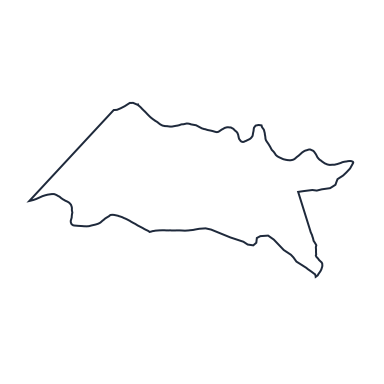 outline of Morne Palama, Choiseul, Saint Lucia, rotated 266°
{"feature_id": "8701671B53815212038994", "entity_name": "Morne Palama", "entity_type": "district", "adm_level": 2, "iso_a3": "LCA", "parent_name": "Saint Lucia", "parent_adm1": "Choiseul", "projection": "robinson", "projection_center": [-61.04, 13.788], "detail": "fine", "context": "isolated", "style": "outline", "palette": "slate", "viewbox_px": 384, "rotation_deg": 266, "n_neighbors": 0, "source": "geoboundaries", "source_scale": "gbopen_adm2", "svg_char_len": 6100}
<svg xmlns="http://www.w3.org/2000/svg" viewBox="0 0 384 384"><g transform="rotate(266 192 192)"><path d="M210.3,354.9L210.8,354.7L211.0,354.5L211.3,353.9L211.7,353.0L211.9,351.9L211.9,351.0L211.9,349.9L211.8,349.0L211.7,348.6L211.6,346.6L211.4,345.0L211.3,344.5L211.2,343.9L210.9,343.3L210.6,342.3L210.4,341.6L210.0,339.9L209.7,338.8L209.6,337.8L209.4,336.9L209.3,336.2L209.3,335.1L209.4,334.2L209.4,333.4L209.4,332.5L209.4,331.4L209.5,330.9L209.8,329.7L210.2,328.6L210.5,328.0L210.8,327.5L211.2,326.6L211.9,325.7L212.2,325.3L213.1,324.2L213.4,323.8L213.7,323.5L214.4,322.8L214.6,322.5L215.1,321.8L215.9,321.0L216.7,320.4L217.8,319.6L220.4,318.5L221.6,317.9L222.7,317.2L223.2,316.9L223.6,316.7L224.6,315.8L225.9,313.4L226.2,312.7L226.2,311.6L226.1,311.0L225.7,309.5L225.5,308.5L225.4,307.9L225.0,306.9L224.3,305.6L223.8,304.7L223.0,303.7L220.8,300.9L220.3,300.1L219.6,299.0L218.9,298.1L217.7,296.5L217.1,294.9L216.9,293.6L216.8,292.6L216.8,291.7L217.0,290.7L217.1,289.7L217.3,289.1L217.5,288.1L217.8,287.2L218.1,286.1L218.5,285.1L219.0,284.1L219.2,283.9L219.6,283.1L220.7,281.1L221.0,280.7L221.2,280.3L221.7,279.6L222.4,278.9L223.1,278.2L223.8,277.8L224.5,277.5L225.4,276.9L226.4,276.3L228.5,274.5L231.9,273.0L234.6,271.6L237.1,270.1L238.4,269.4L239.6,269.1L240.3,269.0L240.7,269.0L241.4,269.0L242.9,268.9L243.6,268.8L244.5,268.7L245.5,268.7L246.7,268.5L247.6,268.3L248.6,268.2L249.9,267.6L250.6,267.1L251.6,266.5L252.1,266.3L253.6,266.0L254.2,263.2L254.1,262.2L253.8,260.1L251.9,258.4L250.6,258.0L249.4,257.8L248.1,257.5L246.8,257.1L245.6,256.8L244.6,256.6L244.1,256.4L243.5,256.2L242.6,255.4L241.9,254.8L241.1,253.8L240.8,253.2L240.6,252.8L240.0,251.3L239.6,250.3L239.2,249.4L239.0,248.6L238.6,247.6L238.4,247.0L238.4,246.1L238.6,245.4L239.0,244.6L239.6,244.0L240.0,243.8L240.6,243.4L241.2,243.0L241.7,242.7L243.0,242.4L244.1,242.3L244.4,242.2L245.4,242.1L246.0,242.0L246.9,241.7L247.4,241.5L247.8,241.4L248.3,241.1L248.8,240.7L249.3,240.3L249.7,239.8L250.5,239.0L251.2,238.4L252.1,237.7L252.3,237.4L252.8,236.6L253.7,235.2L253.7,234.4L253.9,233.5L254.1,232.4L254.1,231.7L254.0,230.6L253.8,230.0L253.7,229.2L252.6,227.0L252.3,226.2L250.6,223.3L250.2,222.5L250.0,221.3L250.0,220.8L250.4,219.4L251.4,216.7L251.9,215.1L252.3,213.6L252.7,212.1L253.1,211.0L253.7,209.6L254.0,208.3L254.3,207.6L254.8,206.3L255.8,204.7L256.1,204.2L256.8,203.1L258.3,200.7L259.6,195.5L259.9,195.1L260.0,194.7L260.1,194.4L260.4,193.5L260.5,192.8L260.6,192.4L260.6,191.9L260.7,191.4L260.6,190.9L260.3,188.9L260.2,188.5L260.2,188.0L260.2,187.7L260.2,187.2L260.2,186.5L260.2,186.1L260.1,185.8L260.0,185.4L259.8,184.7L259.6,184.2L259.5,183.6L259.4,183.3L259.4,183.0L259.3,182.3L259.2,182.0L259.2,181.5L259.2,181.1L259.1,180.6L259.1,180.1L259.0,179.7L259.0,179.2L258.9,178.7L258.9,178.4L258.8,177.9L258.8,177.6L258.7,177.1L258.7,176.7L258.7,175.8L258.7,175.4L258.8,175.0L258.8,174.6L258.9,174.1L259.0,173.8L259.2,172.6L259.3,172.3L259.4,172.0L259.4,171.5L259.5,171.0L259.5,170.5L259.7,169.6L259.7,169.2L259.9,168.8L260.0,168.3L260.1,168.0L260.2,167.7L260.3,167.3L260.5,166.9L260.7,166.6L260.9,166.3L261.1,165.9L261.4,165.5L261.6,165.2L262.0,164.6L262.2,164.4L262.5,164.1L262.7,163.9L263.0,163.5L263.2,163.3L263.4,163.1L263.8,162.7L264.0,162.5L264.3,162.1L264.7,161.6L264.9,161.3L265.1,161.0L265.3,160.6L265.6,160.3L265.8,160.1L265.9,159.8L266.5,159.2L266.8,158.8L267.0,158.5L267.3,158.2L267.9,157.5L268.2,157.2L268.5,156.8L268.8,156.5L269.1,156.2L269.3,156.0L269.5,155.8L270.0,155.3L272.4,153.2L272.7,153.0L273.0,152.7L273.6,152.2L273.9,152.0L274.4,151.6L274.8,151.2L275.4,150.8L275.6,150.5L275.9,150.3L276.3,149.9L276.5,149.7L277.3,149.0L277.9,148.5L278.2,148.2L278.4,148.0L278.7,147.8L279.0,147.6L279.6,147.1L279.8,146.9L280.2,146.6L280.5,146.3L280.8,146.0L281.8,145.0L282.0,144.7L283.1,144.2L282.8,143.7L283.2,143.0L285.0,139.5L285.2,136.2L283.9,133.8L282.3,130.9L280.5,126.7L279.2,122.9L279.2,119.6L194.4,29.1L194.6,30.4L194.9,31.9L195.1,33.2L195.5,34.6L195.9,36.1L196.9,38.8L197.4,40.2L198.0,41.8L198.3,42.6L198.7,44.3L198.9,45.1L199.1,46.2L199.4,47.8L199.5,49.1L199.6,50.3L199.7,51.8L199.7,52.1L199.6,54.1L199.2,55.1L198.5,56.5L197.2,58.4L196.6,59.5L195.5,60.6L195.0,61.1L193.5,63.0L192.7,64.3L192.2,64.9L191.6,66.1L191.2,66.8L190.5,67.9L189.8,68.8L188.4,69.9L187.7,70.4L186.9,70.6L185.9,70.9L184.5,71.1L182.4,70.9L179.7,71.2L178.5,70.8L176.5,70.4L174.9,70.2L173.0,69.5L171.6,69.0L170.3,69.0L169.1,69.3L168.4,69.6L167.6,70.4L167.1,71.1L166.8,72.1L166.5,74.0L166.2,75.9L166.0,77.5L165.8,79.0L165.6,80.4L165.3,82.3L165.1,84.8L165.1,86.9L165.6,89.3L165.9,91.2L166.2,93.2L166.6,95.0L167.0,96.5L167.9,98.5L169.6,100.7L170.5,102.1L171.4,103.2L172.2,104.6L172.8,105.8L173.3,106.8L173.7,107.6L174.3,108.3L174.7,109.0L174.8,109.8L174.8,111.0L174.6,112.5L174.0,114.7L173.4,116.7L173.1,117.2L172.4,119.1L171.7,120.7L170.7,122.4L170.1,123.7L169.2,125.3L168.4,126.6L167.6,127.9L166.6,129.2L165.3,131.2L164.1,133.2L162.4,135.5L160.6,138.5L159.5,140.3L158.5,141.7L157.7,143.0L156.7,144.8L156.1,145.8L155.6,146.4L155.1,146.9L155.4,148.7L155.7,149.8L155.8,151.3L156.0,152.9L156.0,155.0L156.0,157.4L155.9,159.3L155.8,161.4L155.5,163.6L155.3,165.8L155.3,167.5L155.0,169.2L154.6,176.7L154.3,179.2L154.1,180.8L153.9,182.2L153.9,183.9L153.9,186.1L154.0,187.4L154.0,188.6L154.1,190.8L154.3,192.1L154.5,193.8L154.8,196.7L154.8,203.0L153.2,208.4L144.0,227.1L138.8,239.8L135.7,243.9L134.5,249.4L136.9,252.6L141.6,253.5L143.2,257.1L143.2,264.9L138.8,270.3L127.7,279.5L122.5,286.3L119.7,288.6L115.3,291.3L108.3,300.8L107.1,302.0L104.2,305.6L102.2,307.9L101.2,309.1L99.1,309.5L98.8,309.5L100.0,311.5L101.6,312.6L103.9,314.5L105.7,315.6L108.5,316.7L109.5,316.9L111.6,316.9L112.7,316.4L115.3,314.0L116.8,313.1L118.6,311.6L119.6,311.2L120.2,311.1L120.9,311.5L123.3,311.5L125.8,311.7L128.3,311.7L130.2,312.3L131.5,311.7L133.6,310.6L134.8,309.9L137.4,309.5L139.6,308.9L140.5,308.8L142.0,308.2L144.0,307.5L145.1,307.3L184.7,297.9L185.1,303.2L185.6,312.2L184.7,316.6L185.6,321.5L186.2,330.0L187.4,332.3L189.2,335.6L192.2,336.9L194.7,338.1L197.9,343.9L200.7,347.3L204.4,351.3L209.6,354.7L210.3,354.9Z" fill="none" stroke="#1e293b" stroke-width="2"/></g></svg>